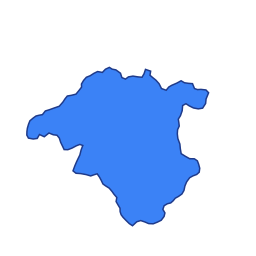 the district of Goianá, Minas Gerais, Brazil, rotated 216°
{"feature_id": "56859067B11072969012778", "entity_name": "Goianá", "entity_type": "district", "adm_level": 2, "iso_a3": "BRA", "parent_name": "Brazil", "parent_adm1": "Minas Gerais", "projection": "albers", "projection_center": [-43.187, -21.563], "detail": "fine", "context": "isolated", "style": "filled", "palette": "blue", "viewbox_px": 256, "rotation_deg": 216, "n_neighbors": 0, "source": "geoboundaries", "source_scale": "gbopen_adm2", "svg_char_len": 1895}
<svg xmlns="http://www.w3.org/2000/svg" viewBox="0 0 256 256"><g transform="rotate(216 128 128)"><path d="M143.1,187.3L148.3,185.7L146.9,181.3L146.5,177.3L150.0,175.2L154.5,172.9L157.7,169.6L158.8,166.1L162.6,165.2L166.3,167.9L172.0,167.9L175.4,166.3L178.7,166.1L180.8,162.3L181.4,157.9L185.8,155.8L187.8,152.0L189.3,148.1L191.5,144.6L191.9,140.4L191.5,136.2L189.6,133.8L189.7,129.6L190.0,124.8L193.0,121.2L195.9,118.2L196.1,114.8L195.9,110.7L196.4,105.2L199.9,100.2L202.4,96.5L204.9,93.2L205.1,88.5L207.5,86.0L209.5,83.6L210.6,80.2L211.6,76.2L210.7,72.6L209.3,68.7L207.8,65.9L205.7,62.8L202.6,61.3L198.2,63.4L195.3,66.2L195.8,70.7L190.6,71.7L189.0,77.5L184.5,78.6L181.2,80.4L177.7,79.5L174.0,76.8L170.1,74.7L167.0,73.0L163.9,75.1L161.5,78.8L159.3,83.3L157.3,86.4L154.3,87.3L153.0,82.6L151.1,77.9L150.4,73.9L149.7,70.2L148.7,65.9L147.3,61.0L143.5,60.8L139.5,63.3L134.5,65.7L130.0,67.3L128.0,70.2L126.0,72.8L122.2,71.5L118.7,69.8L115.4,68.0L112.3,68.0L107.9,68.3L103.7,67.3L100.5,66.2L96.2,65.2L94.4,61.5L90.6,59.8L87.3,58.4L85.2,55.7L82.6,53.8L79.4,52.8L75.4,52.1L70.7,51.4L66.9,51.6L65.8,57.3L63.3,60.6L59.1,61.9L55.1,62.8L51.3,65.3L48.9,69.1L46.9,72.9L46.8,77.6L48.2,81.0L52.0,82.7L53.1,86.4L51.6,89.9L49.4,92.5L48.7,95.6L48.5,99.0L46.9,102.4L45.6,106.3L46.0,110.3L47.9,114.6L48.9,118.9L48.9,124.0L47.4,127.3L45.1,130.8L44.4,134.1L46.3,137.6L49.8,140.4L52.6,142.2L56.2,142.1L60.1,139.4L65.2,138.8L69.9,138.5L73.4,141.9L76.6,145.5L81.5,148.8L84.7,152.3L86.9,155.8L87.7,159.7L89.9,162.1L92.5,164.7L92.8,168.8L94.3,173.8L97.0,178.3L95.4,181.7L91.5,181.9L86.8,182.7L82.4,184.8L79.3,187.9L79.6,193.4L81.9,197.4L83.5,203.9L87.3,204.6L91.7,202.1L94.4,199.9L97.4,199.0L101.9,201.8L105.3,199.7L108.9,197.8L112.8,197.4L114.9,193.0L117.8,188.1L119.1,185.1L119.3,181.0L124.1,179.6L128.9,182.1L133.5,183.1L137.5,183.3L141.2,183.6L143.1,187.3Z" fill="#3b82f6" stroke="#1e3a8a" stroke-width="1.5"/></g></svg>